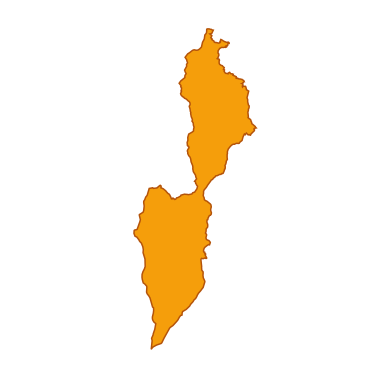 outline of Chiheru De Jos, Mures, Romania, rotated 104°
{"feature_id": "2599482B61641912975673", "entity_name": "Chiheru De Jos", "entity_type": "district", "adm_level": 2, "iso_a3": "ROU", "parent_name": "Romania", "parent_adm1": "Mures", "projection": "mercator", "projection_center": [24.944, 46.698], "detail": "fine", "context": "isolated", "style": "filled", "palette": "amber", "viewbox_px": 384, "rotation_deg": 104, "n_neighbors": 0, "source": "geoboundaries", "source_scale": "gbopen_adm2", "svg_char_len": 5978}
<svg xmlns="http://www.w3.org/2000/svg" viewBox="0 0 384 384"><g transform="rotate(104 192 192)"><path d="M63.0,231.3L65.0,229.1L66.0,228.7L67.4,227.7L68.2,227.6L69.4,228.2L71.3,227.6L75.5,228.7L77.3,227.5L78.6,226.3L80.4,227.0L81.6,226.9L82.7,226.6L87.0,229.8L89.6,230.8L91.3,228.6L91.9,228.3L92.6,228.4L93.6,227.3L95.6,227.0L96.2,227.1L96.3,227.1L96.2,226.8L97.2,226.5L99.3,226.9L100.5,226.1L101.7,224.4L102.2,222.7L102.8,222.1L103.2,220.0L104.6,217.6L104.9,216.6L105.8,215.7L106.8,215.2L107.8,215.0L109.3,215.4L109.8,215.3L111.7,214.1L114.2,213.1L115.1,212.4L116.2,212.3L119.2,210.9L121.0,209.5L122.1,209.0L123.2,209.2L124.6,207.6L126.9,206.8L128.4,205.8L128.9,205.7L130.6,205.7L132.5,205.3L133.7,206.2L136.6,209.2L140.0,209.3L142.8,208.5L145.1,208.7L148.0,207.7L148.2,207.0L148.8,206.7L149.1,205.8L149.7,205.7L150.9,205.9L151.5,206.3L153.3,206.5L154.5,205.7L155.8,205.4L157.6,203.9L158.7,202.3L160.4,201.2L162.9,200.2L166.2,197.8L167.6,197.2L169.4,196.8L172.0,195.6L174.8,192.7L176.4,192.0L178.2,190.7L181.0,192.1L181.3,191.1L182.8,190.5L183.2,189.9L184.1,189.3L185.0,188.0L187.7,188.0L191.5,189.4L192.5,191.1L194.0,191.7L195.5,194.9L195.5,196.4L195.7,196.9L195.9,198.7L196.9,200.5L197.8,202.0L198.7,202.1L200.8,204.3L201.4,205.5L202.9,206.1L203.4,206.9L202.9,207.8L203.0,208.4L202.5,208.8L202.5,209.1L203.3,209.3L203.6,210.3L202.1,211.3L199.7,213.4L199.2,215.0L197.5,217.5L197.2,217.7L196.6,219.1L195.9,220.5L195.5,222.3L195.5,223.1L193.7,223.4L193.2,224.5L195.0,226.0L196.1,226.5L196.1,226.8L196.7,227.3L197.8,230.3L197.4,231.1L198.9,234.4L206.1,234.7L208.2,235.7L211.0,236.0L212.6,236.6L214.0,236.3L217.2,235.0L221.5,234.4L223.3,234.5L225.1,236.1L226.6,237.6L227.3,237.5L231.3,235.4L233.4,235.4L238.6,235.9L241.4,236.2L241.8,236.5L242.9,238.6L243.4,238.8L246.2,238.3L248.7,236.6L249.1,234.6L251.3,231.9L252.1,231.3L253.2,229.9L253.8,228.8L257.0,226.5L259.7,225.3L262.7,224.8L268.4,221.4L275.6,219.4L278.2,219.6L281.2,220.3L284.0,220.5L286.8,219.9L288.8,219.1L292.0,217.3L292.6,215.7L294.3,213.2L295.6,212.7L300.1,211.9L301.6,210.9L303.5,208.5L305.0,207.1L313.2,202.4L313.6,201.4L316.0,200.6L319.0,200.2L322.9,200.2L324.7,199.7L326.0,198.9L327.4,197.5L328.5,195.3L334.3,194.9L338.7,195.3L340.2,195.2L343.7,195.8L346.0,194.7L354.5,193.5L352.6,192.8L351.6,192.1L349.1,189.4L346.5,185.4L345.6,184.8L340.7,183.8L329.5,180.8L328.6,180.3L326.2,178.2L321.4,175.6L319.7,174.8L316.3,173.9L314.5,173.1L314.0,172.0L313.3,172.0L311.9,172.3L310.3,172.2L307.3,169.2L303.3,166.7L301.4,166.2L298.2,164.5L295.9,163.8L294.7,162.8L292.4,162.1L290.9,161.9L288.6,161.2L285.9,159.8L281.9,158.1L276.0,157.8L275.3,158.1L272.5,160.3L270.2,161.2L267.9,161.6L266.7,162.0L265.5,163.6L262.4,164.6L262.0,164.6L255.5,167.0L254.6,166.9L254.0,166.5L254.1,165.2L252.9,163.5L253.1,162.3L252.8,161.8L252.4,161.8L249.8,164.1L249.2,163.7L248.7,163.9L248.6,164.6L248.2,165.0L247.4,165.0L247.3,165.3L247.4,166.0L247.2,166.3L245.6,166.7L243.7,166.6L242.5,166.1L240.0,164.2L238.9,162.9L239.0,162.2L236.6,162.0L235.9,162.6L235.0,163.9L234.9,165.3L234.7,166.0L234.2,166.8L232.9,167.4L230.1,167.4L229.7,167.7L229.0,168.4L228.9,168.8L228.4,169.0L227.2,168.8L224.3,169.3L222.4,168.4L221.2,168.5L219.5,169.0L218.1,170.0L217.2,170.4L215.4,170.6L215.0,170.0L213.2,170.1L210.6,169.4L210.1,168.5L209.0,168.0L207.5,168.1L205.6,169.3L204.2,169.7L201.8,169.7L199.9,170.5L199.2,171.3L197.4,175.1L197.2,175.6L197.2,176.4L196.5,178.1L194.7,178.8L193.9,179.5L192.6,180.3L190.3,180.5L188.9,180.9L187.3,180.8L184.0,179.2L181.4,178.4L176.8,176.5L175.9,176.3L174.8,175.1L173.3,174.5L172.0,173.4L170.6,172.8L170.4,172.6L170.4,172.3L170.0,171.4L168.4,169.6L167.9,168.2L166.8,167.4L166.8,166.8L166.3,166.3L163.3,165.8L162.1,166.0L161.8,165.6L161.6,165.5L159.5,165.8L158.5,166.4L156.6,166.0L154.9,166.0L153.9,166.2L151.7,165.6L149.9,166.3L147.0,167.0L146.2,166.9L144.5,167.4L143.7,167.4L141.5,167.2L138.6,165.9L137.1,165.0L136.0,164.0L135.6,163.4L135.4,162.4L134.1,160.8L133.9,160.2L133.6,158.5L133.3,158.0L132.1,157.6L129.9,155.9L126.0,155.8L123.1,155.2L123.6,154.3L121.7,153.5L123.0,151.3L122.5,150.4L122.8,149.4L122.7,149.0L121.5,148.8L117.4,146.3L116.3,146.5L116.0,147.2L115.5,147.1L115.1,146.8L114.3,145.2L113.8,146.0L113.1,146.5L113.0,146.9L111.6,149.5L111.3,150.4L109.8,151.1L109.0,151.9L108.8,151.9L107.9,152.4L107.3,153.2L107.0,154.3L106.5,154.9L106.3,155.6L105.1,155.6L100.8,157.2L99.7,157.0L97.7,157.3L96.7,157.0L94.7,157.3L93.9,158.3L91.0,159.8L88.9,160.3L87.3,161.4L80.4,161.4L79.5,164.0L78.6,164.3L76.6,165.5L76.5,165.8L76.9,167.1L76.8,167.7L77.0,168.0L77.8,168.4L77.0,168.8L76.4,168.5L75.7,168.5L74.8,169.0L74.7,169.7L74.4,169.2L73.9,169.2L73.7,168.8L72.7,168.6L72.2,168.3L72.2,168.1L71.6,168.5L71.3,168.9L70.8,170.6L70.6,170.8L70.7,171.2L70.7,172.8L70.9,173.7L70.8,175.3L70.7,175.3L70.9,176.1L70.5,176.2L70.7,176.8L69.4,177.0L68.8,180.5L67.8,180.4L67.8,181.2L67.6,181.4L67.8,182.5L67.8,183.1L67.6,183.5L66.8,184.3L66.8,184.6L67.9,185.6L68.6,185.7L68.4,186.3L68.7,187.9L68.5,188.5L67.6,189.6L67.2,190.0L66.8,189.9L65.6,190.1L65.6,191.1L63.5,190.8L62.8,192.2L62.1,193.2L62.0,194.6L61.4,196.1L60.5,196.8L58.1,197.4L57.6,197.2L56.7,197.7L56.5,198.3L56.6,198.6L56.5,199.8L55.4,199.3L52.7,199.0L51.5,199.5L50.9,200.4L48.5,200.8L45.9,199.8L44.5,198.2L44.2,196.5L43.6,195.3L43.6,194.5L43.0,193.7L42.4,193.3L42.1,193.4L42.3,193.8L42.8,194.0L42.9,194.6L42.4,194.7L40.9,192.8L38.9,193.0L38.5,192.6L38.6,192.0L38.1,192.2L37.8,193.1L38.4,194.5L38.2,196.6L37.9,198.0L37.4,199.2L37.0,200.9L38.0,201.1L39.4,200.7L39.5,200.8L39.6,201.2L40.2,201.0L40.3,201.4L41.1,201.9L41.1,205.2L41.4,205.6L41.3,206.1L41.0,206.8L40.2,207.3L39.4,209.5L39.0,209.7L38.8,209.5L38.4,209.7L37.7,211.1L35.6,210.5L34.3,213.0L33.4,211.2L29.8,210.5L29.9,211.6L29.5,212.6L29.7,213.5L29.6,214.1L29.6,215.0L29.9,216.2L30.1,216.7L30.5,217.1L33.4,216.5L34.7,216.6L36.5,217.5L40.6,217.1L44.2,218.0L49.1,217.9L51.5,219.3L52.9,220.7L53.5,222.4L53.4,223.8L53.8,224.9L54.5,225.8L57.3,228.0L59.0,229.6L63.0,231.3Z" fill="#f59e0b" stroke="#b45309" stroke-width="1.5"/></g></svg>